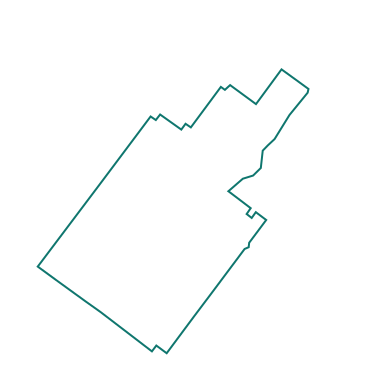 the district of Tallapoosa, Alabama, United States of America, rotated 217°
{"feature_id": "52423323B32872285369279", "entity_name": "Tallapoosa", "entity_type": "district", "adm_level": 2, "iso_a3": "USA", "parent_name": "United States of America", "parent_adm1": "Alabama", "projection": "equal_earth", "projection_center": [-85.836, 32.8], "detail": "fine", "context": "isolated", "style": "outline", "palette": "teal", "viewbox_px": 384, "rotation_deg": 217, "n_neighbors": 0, "source": "geoboundaries", "source_scale": "gbopen_adm2", "svg_char_len": 661}
<svg xmlns="http://www.w3.org/2000/svg" viewBox="0 0 384 384"><g transform="rotate(217 192 192)"><path d="M247.7,39.9L210.5,40.6L192.6,41.1L128.1,40.6L128.1,47.9L115.2,48.0L115.5,93.8L115.5,122.6L115.7,178.2L113.5,182.0L115.8,185.9L115.9,214.3L128.9,214.3L128.7,207.2L135.1,207.3L135.4,214.4L157.6,214.5L163.4,214.5L159.4,233.2L153.1,241.9L151.5,252.6L160.4,267.6L159.5,274.8L157.9,284.0L160.5,312.2L159.4,340.9L161.0,344.4L194.3,343.8L193.9,311.7L193.8,300.7L225.9,300.3L227.2,293.4L232.2,293.3L231.8,242.9L238.2,242.6L238.1,235.4L264.1,234.7L264.2,227.7L270.5,227.4L270.3,143.7L270.3,39.6L247.7,39.9Z" fill="none" stroke="#0f766e" stroke-width="2"/></g></svg>